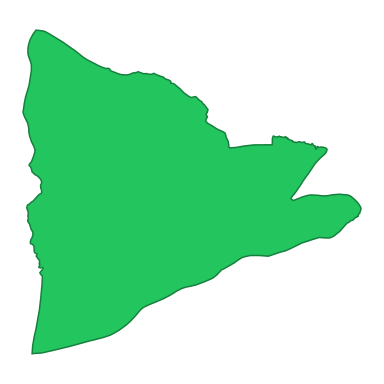 Mueang Suang, Roi Et, Thailand (orthographic projection)
{"feature_id": "78962969B6279300393113", "entity_name": "Mueang Suang", "entity_type": "district", "adm_level": 2, "iso_a3": "THA", "parent_name": "Thailand", "parent_adm1": "Roi Et", "projection": "orthographic", "projection_center": [103.763, 15.789], "detail": "fine", "context": "isolated", "style": "filled", "palette": "green", "viewbox_px": 384, "rotation_deg": 0, "n_neighbors": 0, "source": "geoboundaries", "source_scale": "gbopen_adm2", "svg_char_len": 5758}
<svg xmlns="http://www.w3.org/2000/svg" viewBox="0 0 384 384"><path d="M35.9,30.2L33.0,34.3L30.2,39.4L28.9,43.4L28.0,47.7L27.9,52.9L28.3,55.6L30.6,61.9L31.3,64.7L31.4,70.2L29.1,85.2L25.6,96.9L24.3,103.3L23.7,107.9L23.0,112.0L23.4,113.8L24.5,116.7L26.0,119.7L27.7,123.3L28.7,127.8L28.9,132.2L29.6,136.0L31.4,141.5L34.0,146.8L34.8,149.3L35.0,151.4L33.7,155.9L31.6,161.3L31.1,162.2L29.5,164.1L29.2,164.6L29.1,165.2L29.1,165.4L29.4,165.8L30.3,166.5L31.4,168.7L31.5,168.9L31.5,170.0L31.7,170.4L32.2,172.1L32.5,172.4L32.9,172.6L33.2,172.9L34.2,173.8L34.8,174.5L35.4,174.9L36.4,175.2L38.3,176.8L39.1,177.5L39.7,178.1L40.6,179.4L40.9,179.9L41.5,181.5L41.6,182.5L41.6,182.9L41.1,184.1L40.5,185.4L40.5,185.8L40.7,186.4L40.7,187.2L40.7,188.3L40.8,188.5L41.2,188.8L41.3,189.1L41.4,189.7L41.6,191.2L41.6,193.1L41.4,193.3L40.6,193.7L39.1,194.4L38.3,195.4L37.1,196.5L33.2,201.0L30.9,202.5L28.9,204.4L27.6,204.9L27.4,205.4L27.1,206.9L26.7,207.5L27.6,210.6L28.3,211.9L28.1,213.1L28.2,215.2L27.9,215.9L27.9,216.2L28.2,216.8L28.3,217.2L28.1,219.0L27.8,220.2L27.8,221.4L27.9,221.5L29.5,224.1L29.7,224.5L30.0,225.7L30.6,227.4L30.9,228.8L31.8,230.5L32.7,231.8L32.9,232.2L32.8,233.6L32.9,234.5L32.9,235.0L31.8,238.3L31.6,238.6L31.0,239.2L30.6,240.7L30.3,242.5L30.4,243.4L30.5,243.6L31.0,243.8L33.0,244.7L33.9,246.1L34.0,246.3L34.0,247.4L34.1,248.4L34.1,251.1L34.5,251.9L34.5,252.3L34.7,252.7L36.5,253.6L37.0,254.0L37.0,254.4L37.0,254.6L36.4,255.4L36.4,255.7L36.4,256.3L36.4,256.5L37.0,257.2L37.5,258.1L38.6,259.5L39.4,260.2L39.5,260.5L39.6,261.1L39.4,261.7L39.4,261.9L39.6,262.9L39.6,263.1L39.2,263.7L39.2,263.9L39.2,264.1L39.5,264.3L39.8,264.8L39.9,265.2L39.6,265.7L38.9,266.6L38.9,267.0L39.0,267.5L40.2,267.9L40.8,267.9L41.7,267.6L42.2,267.5L42.6,267.6L42.9,267.9L43.0,268.4L42.7,269.1L39.9,272.6L40.0,273.1L40.2,273.6L42.0,275.9L42.3,276.6L42.4,277.6L42.2,279.1L42.1,283.2L40.8,297.7L39.4,309.9L36.0,328.9L34.1,337.1L32.6,346.2L32.1,353.8L35.0,353.4L42.1,352.9L56.5,349.6L70.8,346.1L85.1,342.1L102.8,337.6L109.9,335.3L115.1,332.6L119.7,329.8L126.7,324.6L130.7,320.9L135.4,315.9L140.0,310.4L141.8,308.6L144.7,306.7L149.3,304.6L156.4,301.7L164.2,298.3L170.8,294.8L177.0,290.9L181.8,288.5L185.6,287.2L191.2,286.1L196.1,284.9L204.0,281.9L210.2,279.3L213.2,277.8L216.9,274.8L221.6,269.8L223.7,268.9L234.4,262.8L237.8,260.2L241.7,257.8L244.0,256.9L248.9,255.8L251.1,255.5L259.0,255.5L267.2,256.1L268.7,256.1L280.1,252.2L285.5,250.8L290.3,248.7L301.9,243.0L311.6,239.8L318.8,237.6L319.8,237.5L323.8,237.9L328.2,238.0L330.2,237.8L331.7,237.2L334.1,235.9L336.0,234.3L339.4,231.7L346.7,223.5L347.8,222.7L349.0,222.3L350.7,220.7L351.2,220.5L351.8,220.5L353.5,219.7L354.4,218.3L355.3,217.9L355.8,217.4L356.6,217.2L357.4,216.5L358.1,216.3L358.2,216.1L358.4,214.9L358.5,214.6L358.9,214.0L359.5,213.4L359.8,213.1L359.9,212.8L359.9,212.1L360.2,211.5L360.7,210.0L361.0,208.9L360.9,208.0L360.7,207.3L360.1,206.2L358.1,203.1L355.1,200.0L351.3,196.6L349.3,195.5L347.7,195.0L339.4,194.2L332.5,194.8L326.9,195.8L322.6,195.9L318.2,195.3L311.0,194.9L307.3,195.5L301.9,197.1L293.8,200.4L292.9,200.2L292.5,200.0L291.3,199.1L291.2,198.6L291.2,198.1L291.5,197.4L296.1,191.6L301.7,183.3L303.1,180.9L309.0,172.8L315.1,163.6L318.2,160.2L321.1,157.3L324.9,154.0L326.0,152.5L326.8,150.7L327.0,149.8L327.0,149.4L326.8,148.9L326.0,148.3L324.8,147.7L323.4,147.3L322.0,147.1L321.0,147.0L319.2,147.5L319.0,147.4L318.1,146.7L317.4,146.5L317.1,146.6L316.9,146.8L317.0,148.0L316.8,148.6L316.7,148.8L316.4,149.0L315.9,149.0L315.5,148.8L315.3,148.4L315.3,147.0L315.1,145.9L314.0,145.7L313.5,145.4L312.8,144.1L312.4,143.6L312.0,143.6L311.9,143.7L311.5,144.7L311.3,144.8L311.2,144.9L310.6,144.7L309.5,144.3L307.4,143.8L306.5,143.7L306.0,143.5L305.2,143.1L304.6,142.1L304.4,142.0L304.2,141.9L302.9,142.3L302.5,142.4L301.5,142.4L301.1,142.3L300.3,141.9L300.0,141.8L298.1,141.9L296.6,142.5L296.4,142.5L295.7,142.2L294.8,142.4L294.4,142.4L294.2,142.3L293.8,141.8L292.6,141.6L292.4,140.7L292.2,140.5L291.7,140.5L291.1,140.3L290.5,140.2L289.4,139.8L289.2,139.7L288.7,139.1L288.2,139.3L287.9,139.3L287.8,139.2L287.9,138.5L287.7,138.2L287.1,137.8L286.3,138.0L286.2,137.9L286.1,137.2L285.8,136.8L285.5,136.7L285.2,136.7L284.8,137.1L284.3,137.3L283.0,137.4L282.7,137.3L281.4,136.8L280.3,136.7L279.3,136.2L278.8,136.4L277.8,136.8L275.5,137.0L275.1,136.8L274.4,136.3L273.4,136.1L273.2,136.1L272.4,138.1L272.3,144.2L272.2,144.7L271.7,144.8L253.9,144.9L244.2,146.0L236.2,147.4L229.6,147.9L229.2,147.6L228.9,146.4L228.3,141.7L227.6,140.1L226.2,137.3L225.2,133.2L223.0,131.7L217.8,129.4L216.2,128.5L212.1,125.8L208.2,123.6L207.8,123.3L206.9,122.5L206.3,121.7L205.9,120.9L205.9,120.0L205.9,119.6L206.3,118.8L207.3,117.4L207.4,117.0L207.2,116.4L206.7,115.5L206.2,114.7L206.1,114.0L206.2,113.8L206.9,113.0L207.3,112.4L207.9,110.0L208.0,109.6L204.2,104.5L202.9,103.7L201.9,101.9L199.4,100.2L195.7,96.6L195.4,96.6L191.0,97.5L190.8,97.4L187.9,95.8L187.0,95.1L186.3,94.5L184.6,93.4L183.2,92.1L181.8,90.6L179.9,88.7L176.9,86.2L174.6,84.3L174.1,83.9L173.0,83.5L172.5,83.4L170.6,83.1L170.5,82.9L170.8,81.9L170.8,81.7L170.7,81.4L170.6,81.2L170.2,80.9L168.2,79.8L165.4,79.0L163.5,77.3L162.6,76.8L161.6,76.6L161.0,76.4L157.0,74.9L153.7,73.3L153.4,73.4L152.6,74.0L151.9,74.1L151.6,74.3L151.4,74.3L150.6,74.2L149.8,74.3L149.3,74.2L148.2,74.1L147.0,73.6L143.9,73.7L143.1,73.6L142.3,73.3L140.3,72.5L139.6,72.3L138.7,71.9L138.1,71.7L136.8,72.4L136.0,72.4L135.8,72.5L135.1,73.0L133.5,72.8L132.7,73.0L130.0,74.2L129.1,74.5L126.4,75.0L124.8,74.9L122.2,74.7L119.7,74.2L117.3,73.4L115.8,72.7L113.2,71.8L111.6,71.2L110.6,70.5L109.8,69.2L109.5,68.9L109.3,68.7L108.5,68.4L107.8,68.3L105.9,68.5L102.8,67.5L99.2,66.0L86.5,59.4L82.9,57.0L75.7,51.2L63.1,42.3L48.9,33.6L44.7,31.4L43.7,31.1L38.0,30.3L35.9,30.2Z" fill="#22c55e" stroke="#15803d" stroke-width="1.5"/></svg>